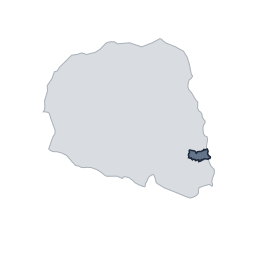 location of Villa Constitución, Salto, Uruguay, rotated 158°
{"feature_id": "84410073B3070112347268", "entity_name": "Villa Constitución", "entity_type": "district", "adm_level": 2, "iso_a3": "URY", "parent_name": "Uruguay", "parent_adm1": "Salto", "projection": "albers", "projection_center": [-57.701, -31.128], "detail": "fine", "context": "in_parent", "style": "filled", "palette": "slate", "viewbox_px": 256, "rotation_deg": 158, "n_neighbors": 0, "source": "geoboundaries", "source_scale": "gbopen_adm2", "svg_char_len": 3147}
<svg xmlns="http://www.w3.org/2000/svg" viewBox="0 0 256 256"><g transform="rotate(158 128 128)"><path d="M200.5,174.7L198.9,176.0L197.2,178.5L195.1,184.6L188.5,192.8L187.1,197.5L180.1,202.2L175.2,207.7L172.1,207.4L169.2,209.8L152.9,216.6L147.1,215.1L142.8,215.0L138.9,211.7L129.9,210.4L124.2,211.5L116.5,215.0L114.2,214.9L112.5,214.7L108.4,213.1L106.2,210.0L94.4,206.3L85.0,198.1L73.7,197.9L65.1,198.9L63.8,197.9L62.9,195.8L61.1,192.7L53.7,185.6L47.8,178.4L46.6,171.4L47.3,163.7L49.1,154.6L48.7,151.8L50.9,150.2L53.1,149.8L55.1,147.5L57.0,143.9L57.3,141.2L55.8,136.3L54.8,129.3L53.6,125.9L56.0,120.4L56.0,117.7L54.6,115.4L54.3,113.0L54.9,110.5L54.8,108.2L53.9,105.9L54.5,104.0L56.7,102.5L58.4,100.2L59.5,97.1L60.0,94.8L60.0,93.2L59.4,91.6L58.0,90.2L58.6,87.3L61.3,83.1L63.0,79.3L63.7,75.9L63.7,73.3L62.8,71.2L63.2,69.8L64.8,69.1L65.5,67.0L65.3,61.6L63.6,57.2L64.9,53.7L68.6,49.7L70.6,46.4L70.7,43.9L71.9,42.5L73.7,45.2L79.0,45.9L84.3,46.0L85.2,45.3L87.3,41.0L90.1,39.7L93.1,39.4L96.4,39.7L99.9,42.6L109.7,52.2L116.8,58.9L119.0,62.0L120.9,64.4L122.3,66.6L121.6,72.2L121.7,74.7L122.0,75.4L123.6,75.5L126.1,75.1L128.2,74.0L129.8,72.2L131.4,70.7L132.7,70.0L133.2,68.8L133.9,67.6L134.7,67.3L136.1,68.3L139.4,71.5L142.0,74.6L142.6,76.3L143.5,78.1L144.6,79.7L145.3,81.2L147.8,83.2L150.3,84.5L152.1,83.3L156.3,87.5L165.8,91.2L167.5,93.3L169.1,96.3L172.3,100.9L176.8,105.0L180.5,106.8L184.0,107.9L186.0,108.9L187.3,110.5L189.4,112.2L190.8,112.9L191.2,114.4L192.5,117.6L193.8,121.8L195.3,125.7L198.6,129.4L202.4,132.4L206.3,134.2L208.5,136.3L209.4,138.4L206.6,141.4L203.5,145.1L200.8,148.0L198.0,150.0L197.1,151.5L196.4,153.7L196.0,165.7L195.6,170.2L195.7,171.4L196.1,172.2L197.7,173.4L199.7,174.5L200.5,174.7Z" fill="#d9dde1" stroke="#a8b0b8" stroke-width="1"/><path d="M65.5,69.1L65.4,69.3L65.2,69.4L64.9,69.4L64.6,69.4L64.4,69.3L64.0,69.3L63.8,69.3L63.6,69.3L63.5,69.2L63.4,69.3L63.2,69.3L62.8,69.6L62.7,69.7L62.6,70.0L62.5,70.4L62.6,70.6L62.6,70.8L62.9,71.1L63.0,71.2L63.1,71.3L63.3,71.6L63.4,71.8L63.5,71.9L63.6,72.0L63.7,72.5L63.8,72.8L63.8,73.0L63.9,73.3L63.8,73.5L63.8,73.9L63.8,74.1L63.7,74.5L63.6,75.0L63.4,75.2L63.4,75.3L63.3,75.5L63.1,75.7L63.0,75.8L62.8,75.9L62.7,76.1L62.5,76.3L62.5,76.5L62.4,76.9L62.4,77.1L62.4,77.3L62.3,77.5L62.4,77.9L62.4,78.1L62.4,78.3L62.4,78.5L62.4,78.8L62.9,78.8L63.3,79.0L63.9,78.7L64.7,78.9L65.1,78.9L65.4,79.6L65.6,79.7L66.0,79.7L66.1,79.2L66.4,78.9L67.0,78.9L67.8,79.0L68.2,79.0L69.1,78.8L69.5,79.0L70.9,79.6L72.5,80.0L73.6,79.1L74.0,78.9L74.3,79.1L74.3,79.5L74.2,80.2L74.3,80.7L74.6,81.4L75.3,82.1L76.8,83.0L77.7,83.5L78.2,84.0L78.7,84.4L79.3,84.5L79.7,84.2L80.0,83.4L80.1,82.3L80.4,81.9L81.1,81.7L82.2,80.3L82.1,79.1L83.0,77.8L81.8,77.2L81.8,76.7L81.6,76.5L80.5,76.5L80.5,76.3L80.6,75.9L80.6,75.1L80.1,74.3L79.5,74.8L79.3,74.7L78.7,74.4L77.5,73.6L77.4,73.3L77.8,72.9L77.8,72.6L77.5,72.4L76.3,72.3L74.9,72.3L74.4,72.1L74.2,71.8L74.2,71.5L74.6,71.2L74.9,71.0L75.0,70.3L73.9,70.3L73.4,70.1L72.8,70.2L72.5,70.4L72.3,70.8L72.2,71.0L71.8,71.3L71.7,71.2L71.5,70.5L71.5,70.4L71.3,70.4L71.3,70.5L71.2,70.6L70.6,70.7L70.1,70.6L69.5,70.4L68.8,71.0L65.5,69.1Z" fill="#64748b" stroke="#1e293b" stroke-width="1.5"/></g></svg>